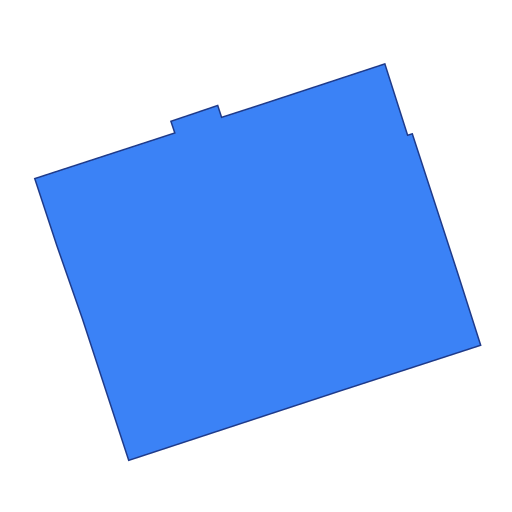 the district of Rice, Kansas, United States of America, rotated 162°
{"feature_id": "52423323B49565855345372", "entity_name": "Rice", "entity_type": "district", "adm_level": 2, "iso_a3": "USA", "parent_name": "United States of America", "parent_adm1": "Kansas", "projection": "orthographic", "projection_center": [-98.203, 38.341], "detail": "fine", "context": "isolated", "style": "filled", "palette": "blue", "viewbox_px": 512, "rotation_deg": 162, "n_neighbors": 0, "source": "geoboundaries", "source_scale": "gbopen_adm2", "svg_char_len": 358}
<svg xmlns="http://www.w3.org/2000/svg" viewBox="0 0 512 512"><g transform="rotate(162 256 256)"><path d="M440.2,101.0L218.6,101.7L69.9,101.7L69.5,175.9L69.6,323.9L74.5,324.0L74.1,398.9L209.3,398.4L245.9,398.5L245.9,411.0L295.3,410.4L295.2,398.1L442.5,398.0L442.2,327.4L440.5,249.8L440.2,101.0Z" fill="#3b82f6" stroke="#1e3a8a" stroke-width="1.5"/></g></svg>